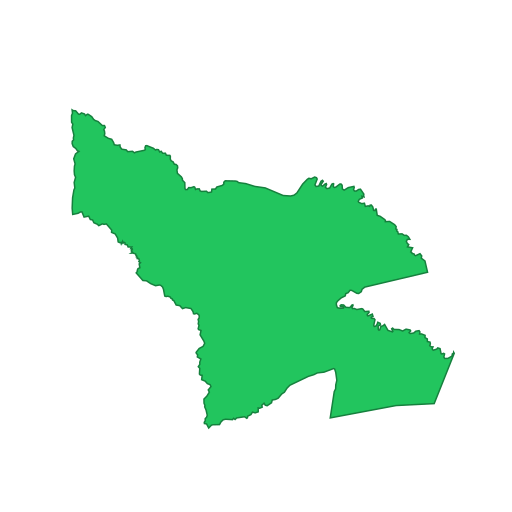 the district of El Cantón Del San Pablo (Managrú), Chocó, Colombia, rotated 345°
{"feature_id": "7082276B94568538347754", "entity_name": "El Cantón Del San Pablo (Managrú)", "entity_type": "district", "adm_level": 2, "iso_a3": "COL", "parent_name": "Colombia", "parent_adm1": "Chocó", "projection": "albers", "projection_center": [-76.776, 5.377], "detail": "fine", "context": "isolated", "style": "filled", "palette": "green", "viewbox_px": 512, "rotation_deg": 345, "n_neighbors": 0, "source": "geoboundaries", "source_scale": "gbopen_adm2", "svg_char_len": 6132}
<svg xmlns="http://www.w3.org/2000/svg" viewBox="0 0 512 512"><g transform="rotate(345 256 256)"><path d="M162.8,404.5L164.8,405.4L165.8,409.9L169.1,407.9L170.5,407.8L177.1,409.4L179.1,407.3L181.9,405.7L184.4,405.8L191.0,408.0L192.3,407.0L193.5,408.5L195.4,407.4L203.3,408.3L205.1,410.4L205.9,410.0L206.4,408.6L210.0,407.9L212.2,405.9L214.6,407.3L217.8,407.1L218.8,403.3L220.1,404.0L222.9,403.6L222.9,401.7L225.7,400.3L226.3,402.5L228.0,403.5L233.0,401.8L234.4,399.3L237.6,399.6L240.6,399.1L245.2,395.9L248.2,394.9L251.7,391.7L255.3,389.6L275.5,385.8L281.2,385.6L285.0,384.8L291.6,385.8L301.7,384.8L302.7,385.5L302.9,389.0L301.9,397.0L299.7,401.1L298.5,405.0L296.5,407.2L285.8,431.6L352.6,436.7L389.9,444.7L422.3,401.3L422.0,400.2L421.7,401.0L420.3,401.4L419.4,403.4L414.9,404.6L411.7,403.8L411.3,402.2L412.8,399.4L412.1,398.6L410.1,398.7L409.5,398.2L409.8,393.1L407.8,391.8L406.5,392.7L402.8,392.9L402.1,391.3L403.4,389.6L401.8,389.1L400.6,387.6L401.7,386.0L401.8,384.2L399.4,383.0L400.0,380.4L398.1,378.6L398.8,376.4L395.7,374.1L393.8,373.7L394.7,371.7L394.2,370.3L390.9,370.0L388.4,371.2L384.8,370.8L384.0,369.7L386.0,368.4L385.7,367.3L382.0,365.5L378.2,366.4L375.2,364.1L370.2,362.6L369.3,361.0L368.2,361.4L368.7,364.2L368.1,364.6L364.2,362.0L362.5,355.4L360.4,356.3L358.4,356.4L356.4,359.4L355.6,359.5L355.1,358.8L355.8,355.4L358.4,354.7L358.5,353.2L356.5,351.5L355.3,353.3L353.5,354.8L352.0,354.7L351.8,353.4L354.4,348.3L353.8,346.9L351.6,346.2L351.2,345.5L351.7,344.8L353.4,344.6L353.3,342.2L348.7,342.9L348.2,342.5L348.3,341.2L350.6,339.8L350.7,338.6L346.7,337.8L345.4,334.8L344.5,334.2L339.5,333.8L337.3,332.1L335.6,331.8L335.3,330.7L336.9,328.9L336.9,328.2L335.7,328.3L334.1,329.7L332.8,330.0L329.5,328.8L328.0,326.0L325.7,325.2L324.5,325.6L324.4,326.7L327.0,327.4L327.4,328.7L326.9,329.0L323.7,328.3L321.2,327.0L321.0,324.1L321.5,322.0L323.4,320.5L327.5,318.5L331.9,317.6L332.9,315.6L335.5,315.3L338.0,313.4L339.7,314.1L343.7,318.1L345.4,318.8L348.5,317.7L349.8,315.6L353.1,314.2L417.5,316.1L417.9,304.5L415.1,300.9L416.1,298.8L415.0,296.2L410.2,297.0L409.4,296.3L409.2,294.9L407.4,294.0L407.4,293.0L406.5,292.1L409.4,288.6L404.7,286.4L406.5,284.5L405.4,283.0L405.0,280.8L406.5,279.1L408.9,279.7L408.1,276.9L406.6,274.9L404.6,274.5L402.8,272.4L399.2,271.6L399.2,269.1L398.4,268.3L399.0,266.8L398.0,266.0L399.0,263.9L398.0,261.6L394.0,257.2L389.8,256.3L390.2,255.0L389.7,254.0L386.2,249.8L383.6,248.1L384.3,241.8L383.6,241.6L382.7,242.9L381.4,242.4L381.5,238.8L380.6,236.6L379.4,236.4L378.6,237.5L377.4,236.6L374.4,236.4L374.4,233.1L371.7,232.8L369.1,230.7L368.9,229.7L370.5,228.0L373.7,227.5L373.7,225.7L375.6,226.9L375.7,224.7L376.2,224.2L374.2,218.5L372.3,218.3L369.7,219.2L367.9,218.7L367.4,217.1L368.6,215.3L368.6,214.1L362.9,213.8L358.2,215.2L356.8,213.6L357.5,209.9L356.8,208.5L355.6,208.2L351.0,210.1L349.4,210.1L348.6,208.9L349.7,206.4L349.3,206.0L347.9,206.2L344.8,209.4L342.0,209.3L340.8,207.6L342.7,205.2L342.6,204.2L341.4,204.3L338.3,205.8L337.2,204.6L337.5,203.7L340.3,201.2L339.8,200.1L338.2,200.6L334.7,204.7L332.0,204.4L331.3,202.6L335.0,197.5L334.7,196.0L333.1,194.9L329.3,195.7L327.2,194.6L325.4,195.2L319.7,198.6L311.8,205.7L308.5,207.1L304.9,207.0L297.9,204.6L282.5,192.6L272.9,188.5L264.8,183.4L258.3,180.7L257.0,179.0L255.3,178.2L245.7,175.4L244.0,176.4L243.5,178.2L241.7,179.1L236.0,179.2L234.2,180.8L230.7,180.0L229.6,182.6L229.0,182.7L225.9,182.3L224.9,180.6L220.0,179.5L218.8,178.6L218.6,176.5L216.3,175.9L214.8,176.1L214.7,173.8L214.0,173.0L211.0,173.2L208.7,172.5L206.9,174.0L205.3,173.7L204.8,172.6L206.2,166.7L204.6,163.8L204.9,162.2L204.4,160.3L201.5,155.8L201.9,152.3L203.2,150.6L203.5,148.6L202.4,146.8L200.9,146.3L200.3,143.6L198.7,142.1L198.3,140.3L199.1,137.4L198.8,136.5L195.5,135.5L195.1,133.3L192.4,132.6L191.5,130.3L189.9,130.6L189.3,128.1L187.7,127.4L186.3,127.6L184.8,125.4L179.1,121.1L177.9,121.0L176.8,122.6L176.6,124.6L175.5,125.0L166.9,124.5L165.3,124.9L163.8,122.9L159.1,122.0L158.1,119.9L154.0,118.1L153.0,115.5L153.3,113.5L150.7,113.2L147.9,111.9L147.8,109.5L146.8,105.9L143.8,104.1L140.5,100.6L141.6,98.7L142.0,96.0L141.6,94.6L143.7,92.8L143.4,90.8L141.3,90.2L138.2,85.2L135.7,83.5L134.5,82.0L133.4,78.9L130.6,75.7L129.9,75.4L127.7,76.3L127.1,74.4L124.4,72.6L122.4,73.5L121.3,73.1L119.4,69.1L117.0,68.2L116.2,67.3L115.7,70.6L114.2,72.6L112.5,79.1L113.2,81.2L111.6,84.3L111.4,92.3L110.1,94.8L109.9,96.6L108.2,97.6L107.5,99.9L107.8,103.0L109.8,105.5L110.7,108.1L112.0,109.1L108.1,110.7L105.1,114.9L105.1,120.3L103.9,122.2L102.4,126.7L101.7,130.5L102.1,133.3L99.4,137.9L98.6,143.4L97.2,145.1L93.9,152.3L90.8,162.2L89.7,168.4L95.1,168.7L98.0,168.0L99.3,168.4L100.0,173.9L104.7,174.2L105.4,177.9L107.5,178.9L108.0,181.9L111.0,184.3L112.0,186.0L115.9,185.2L117.4,186.1L119.8,186.3L123.3,193.6L122.6,195.8L125.7,198.2L127.0,202.9L126.5,206.7L127.8,207.8L129.0,208.0L129.0,209.4L130.9,207.3L130.9,209.2L132.0,208.6L132.8,209.2L132.5,210.9L134.5,211.9L134.8,214.2L138.4,215.1L136.9,216.5L138.3,217.0L138.2,218.0L137.2,218.1L136.8,218.9L137.7,220.4L136.2,220.9L137.9,221.3L140.3,222.9L140.2,224.2L140.8,225.0L140.2,225.9L141.2,226.7L140.6,227.7L142.1,228.4L142.2,230.3L141.4,231.1L142.7,232.6L141.1,233.4L140.8,237.3L138.8,237.6L137.6,239.1L137.5,240.1L135.9,241.3L140.4,250.4L143.8,251.6L147.1,255.4L151.3,258.7L155.2,259.0L156.4,259.7L157.7,261.7L158.0,264.1L157.5,271.1L158.7,271.9L160.4,272.0L162.5,273.4L162.9,274.9L164.0,275.7L164.0,276.9L165.1,277.9L166.2,282.7L169.5,284.2L171.4,287.8L174.7,287.6L179.6,289.9L180.8,293.5L180.7,295.6L181.6,296.1L184.0,296.0L185.5,298.0L185.7,299.2L184.9,301.3L183.7,302.2L183.6,304.5L182.6,306.6L183.0,308.2L181.3,311.3L181.5,312.2L183.6,313.7L181.6,317.7L183.7,325.0L183.8,327.1L181.5,329.6L177.2,330.6L173.2,333.6L173.2,334.8L174.1,336.2L173.2,338.3L176.1,341.2L174.2,344.0L173.7,346.1L171.6,348.0L172.6,349.9L170.8,355.4L171.4,356.6L173.1,357.3L171.5,361.4L174.5,363.7L176.0,366.7L178.4,368.4L178.7,370.5L175.2,373.0L175.7,375.4L172.3,378.6L168.7,380.7L167.7,384.7L168.0,387.3L167.4,388.4L167.9,391.8L167.7,397.2L166.5,399.0L164.9,399.9L164.2,402.2L163.0,403.2L162.8,404.5Z" fill="#22c55e" stroke="#15803d" stroke-width="1.5"/></g></svg>